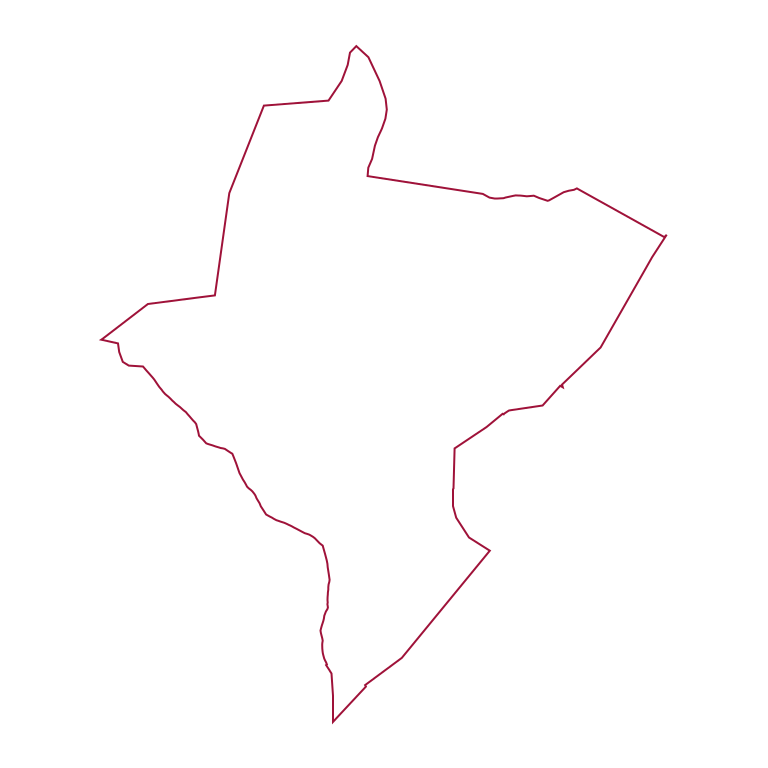 Carellie, Castries, Saint Lucia
{"feature_id": "8701671B42772891330913", "entity_name": "Carellie", "entity_type": "district", "adm_level": 2, "iso_a3": "LCA", "parent_name": "Saint Lucia", "parent_adm1": "Castries", "projection": "albers", "projection_center": [-60.969, 14.018], "detail": "fine", "context": "isolated", "style": "outline", "palette": "rose", "viewbox_px": 768, "rotation_deg": 0, "n_neighbors": 0, "source": "geoboundaries", "source_scale": "gbopen_adm2", "svg_char_len": 2867}
<svg xmlns="http://www.w3.org/2000/svg" viewBox="0 0 768 768"><path d="M356.3,46.1L350.0,52.6L347.7,64.9L341.7,80.9L328.5,100.6L266.6,105.4L263.9,105.6L229.3,193.1L214.9,295.4L195.8,297.8L147.9,304.0L102.6,338.8L101.3,339.7L118.0,343.4L119.2,352.0L122.8,361.9L128.8,365.6L143.0,366.5L146.3,370.4L149.0,373.4L151.1,375.8L152.7,377.6L154.3,379.6L156.7,383.2L158.4,385.7L159.4,387.1L161.7,389.8L162.8,391.4L165.0,393.9L167.0,395.6L168.4,396.7L170.6,398.8L172.3,400.6L174.0,402.1L175.6,403.7L177.9,405.5L179.9,407.0L183.3,410.1L185.9,412.1L187.7,414.3L189.5,416.3L191.1,418.2L193.1,420.5L194.9,422.3L196.2,424.1L197.0,427.2L198.1,431.3L198.7,434.0L199.0,435.7L201.2,437.9L203.1,439.8L204.6,441.5L206.2,443.3L208.0,444.0L212.6,445.4L215.4,446.4L219.1,447.5L220.6,448.0L223.0,448.4L224.9,448.9L227.7,450.8L230.9,452.9L232.3,453.7L233.2,455.8L236.1,463.2L238.4,469.9L239.5,473.1L240.9,475.7L242.9,479.5L244.7,482.3L246.2,485.0L247.0,486.6L248.7,488.3L250.8,489.9L252.4,491.4L254.3,493.8L255.4,495.5L256.6,498.4L259.6,503.3L260.8,506.3L263.5,510.4L266.1,514.5L269.5,516.4L271.9,517.6L273.8,518.8L276.4,520.2L278.3,520.8L280.5,521.6L284.3,522.8L286.8,523.9L288.8,524.9L290.2,525.5L291.8,526.3L293.9,527.5L296.5,528.8L299.7,530.5L302.3,531.9L304.8,533.2L307.5,534.0L309.4,534.7L310.8,535.5L313.1,536.9L314.9,538.3L316.8,540.3L319.6,543.2L321.6,544.8L322.7,545.6L325.1,554.1L326.7,560.2L327.4,563.7L327.7,567.2L328.8,574.2L329.6,579.8L329.3,581.9L328.6,584.4L328.3,587.2L328.3,589.5L327.9,592.5L327.8,594.7L327.6,596.9L327.5,600.1L327.7,602.6L327.4,604.2L327.7,605.9L327.9,607.5L327.4,609.1L325.9,611.5L324.3,615.7L324.0,617.9L323.8,619.0L323.3,621.0L322.6,623.2L321.9,625.3L321.0,628.5L320.5,630.6L320.9,633.0L321.4,635.0L322.3,638.5L322.7,640.7L322.3,643.1L322.2,644.8L322.3,648.5L322.5,650.7L322.8,653.1L323.3,655.2L324.2,658.5L325.0,660.3L326.2,662.6L326.9,664.5L326.1,665.1L329.4,670.1L329.9,671.0L331.5,673.5L333.0,695.8L333.0,721.9L340.7,713.6L365.9,686.6L365.4,685.6L365.1,685.1L401.8,657.9L489.8,550.7L469.0,537.5L456.2,517.7L453.0,506.1L453.0,489.2L453.5,488.5L454.6,448.4L455.7,447.7L486.6,427.0L501.9,414.4L502.6,413.8L503.7,414.3L504.1,413.7L507.4,411.5L509.0,410.5L510.8,410.2L542.6,405.5L560.2,385.8L562.8,387.3L562.2,385.1L562.0,384.6L577.2,370.0L596.6,351.3L600.6,347.5L644.5,270.6L652.1,257.2L666.7,234.7L666.3,235.2L664.3,237.1L577.9,189.0L576.9,188.4L574.0,189.8L568.9,190.7L563.7,192.2L553.7,197.8L549.0,200.4L547.6,200.8L539.2,198.0L538.5,197.7L533.8,195.7L529.3,196.1L526.8,196.3L523.4,195.9L520.7,195.6L517.8,195.5L515.7,195.4L513.5,195.8L505.2,197.6L504.8,197.8L503.5,198.2L497.7,198.5L497.2,198.5L494.5,198.5L489.5,197.6L482.8,193.9L367.6,176.1L368.3,167.7L372.1,158.9L374.5,147.7L374.9,145.8L377.9,137.2L381.0,130.6L382.0,128.4L385.4,118.7L386.8,109.6L385.6,98.7L379.6,81.0L368.4,57.2L356.3,46.1Z" fill="none" stroke="#9f1239" stroke-width="2"/></svg>